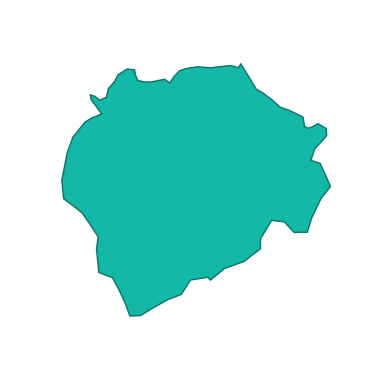 Kapileio, Limassol, Cyprus, rotated 287°
{"feature_id": "46923920B22954384583573", "entity_name": "Kapileio", "entity_type": "district", "adm_level": 2, "iso_a3": "CYP", "parent_name": "Cyprus", "parent_adm1": "Limassol", "projection": "equal_earth", "projection_center": [32.969, 34.829], "detail": "fine", "context": "isolated", "style": "filled", "palette": "teal", "viewbox_px": 384, "rotation_deg": 287, "n_neighbors": 0, "source": "geoboundaries", "source_scale": "gbopen_adm2", "svg_char_len": 1115}
<svg xmlns="http://www.w3.org/2000/svg" viewBox="0 0 384 384"><g transform="rotate(287 192 192)"><path d="M113.2,235.4L128.2,245.3L140.9,262.1L157.8,274.0L167.2,271.2L188.2,276.4L190.4,289.1L183.2,301.5L187.3,314.0L188.9,314.0L202.0,314.0L223.7,317.3L237.7,322.8L245.8,315.9L256.7,306.3L257.1,296.3L269.6,296.8L278.1,301.1L285.4,304.2L289.1,302.8L291.9,301.8L294.1,292.5L288.9,287.4L286.9,284.1L287.6,280.5L296.1,276.2L298.3,262.5L298.9,251.5L303.5,241.5L307.3,231.2L309.2,223.3L318.6,212.8L328.7,201.3L324.4,200.1L324.2,191.9L316.1,173.3L313.4,160.8L308.2,150.2L304.3,144.7L297.4,141.2L289.6,138.8L291.8,132.9L285.2,120.7L283.2,113.9L282.9,107.4L287.4,103.7L292.0,101.3L290.6,94.0L282.4,87.0L275.6,85.9L266.2,81.8L257.7,82.5L252.8,77.0L255.2,70.7L255.1,66.4L250.6,68.7L246.1,75.1L240.1,82.9L233.4,74.4L227.5,69.2L209.6,62.1L193.3,61.2L165.2,64.1L147.9,71.4L144.6,81.0L140.2,92.5L132.5,102.5L121.7,115.4L109.5,117.4L87.8,126.5L86.8,141.0L77.3,150.6L67.2,159.8L55.3,168.9L58.8,178.9L69.6,188.4L81.9,200.2L91.0,211.7L107.4,216.3L115.1,232.0L113.2,235.4Z" fill="#14b8a6" stroke="#0f766e" stroke-width="1.5"/></g></svg>